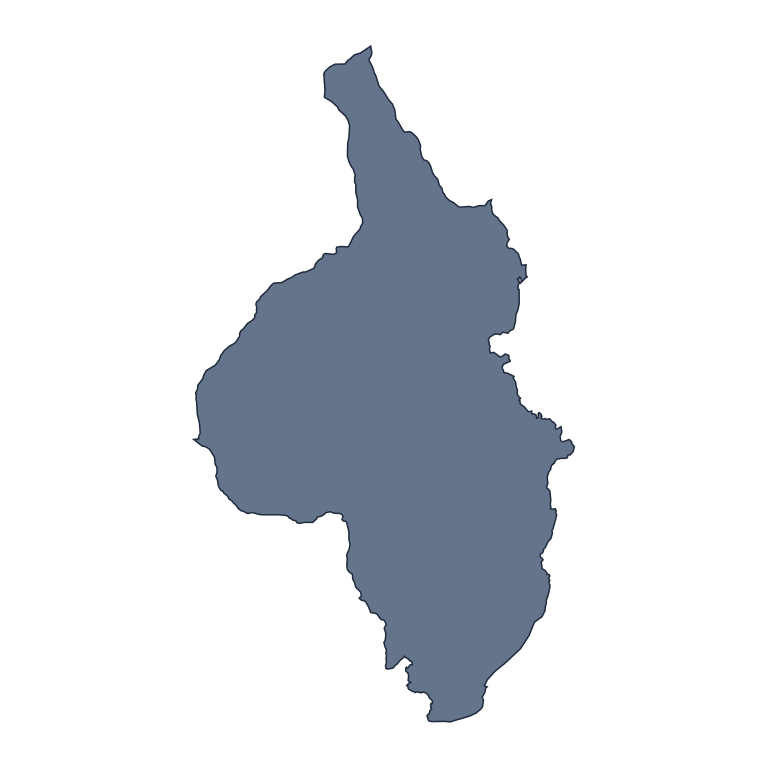 the district of Tangua, Nariño, Colombia
{"feature_id": "7082276B88194767649924", "entity_name": "Tangua", "entity_type": "district", "adm_level": 2, "iso_a3": "COL", "parent_name": "Colombia", "parent_adm1": "Nariño", "projection": "orthographic", "projection_center": [-77.351, 1.075], "detail": "fine", "context": "isolated", "style": "filled", "palette": "slate", "viewbox_px": 768, "rotation_deg": 0, "n_neighbors": 0, "source": "geoboundaries", "source_scale": "gbopen_adm2", "svg_char_len": 6109}
<svg xmlns="http://www.w3.org/2000/svg" viewBox="0 0 768 768"><path d="M323.8,73.6L325.0,90.3L324.4,97.4L331.0,101.1L337.7,107.1L338.6,109.7L345.6,116.1L347.9,120.1L349.6,125.2L349.0,136.8L347.7,143.6L347.4,155.8L349.0,161.8L351.1,166.2L353.3,169.2L355.3,175.7L354.7,177.0L354.6,182.2L355.8,184.7L355.8,192.6L357.6,199.9L357.5,206.7L360.4,215.0L362.4,218.0L362.7,223.0L360.5,226.8L360.3,228.6L353.6,236.3L348.7,246.3L346.8,247.0L341.9,246.5L336.9,247.1L336.2,248.4L336.6,252.7L333.9,254.4L325.6,253.5L324.2,253.9L323.1,255.0L322.6,257.7L318.6,260.2L315.8,263.5L313.9,268.3L305.9,271.9L302.8,272.1L295.1,274.9L291.9,277.3L287.7,279.0L282.0,282.5L273.6,283.2L270.9,285.7L267.2,290.5L260.6,296.6L259.8,298.9L256.8,301.7L256.0,303.5L256.0,305.1L257.0,307.7L256.4,309.3L256.7,311.4L256.2,313.2L254.7,315.1L254.8,316.9L254.2,318.4L252.0,320.5L247.7,323.3L243.0,329.2L241.0,330.7L239.6,333.3L239.6,336.3L235.7,342.3L234.1,343.6L229.6,346.0L224.2,350.6L220.6,355.9L219.4,359.6L215.3,365.2L206.2,370.6L203.5,375.8L202.7,378.8L197.9,385.1L197.3,389.6L195.6,392.9L196.4,396.7L195.9,398.4L196.7,402.6L197.3,414.1L199.5,423.4L200.2,432.9L198.5,437.5L198.6,438.9L193.7,439.4L202.1,446.0L205.8,446.8L209.0,448.9L210.3,450.3L214.6,457.5L215.2,464.3L216.9,467.4L217.0,472.4L215.8,476.0L217.5,480.2L218.4,486.1L221.0,490.5L223.2,491.4L223.6,492.9L227.4,495.9L229.2,499.2L231.7,500.7L234.2,503.8L235.6,504.6L238.6,508.9L241.2,510.8L243.3,511.2L246.5,513.1L248.2,513.5L252.2,512.5L259.3,514.5L262.2,514.8L278.7,514.8L285.4,515.3L287.6,516.1L289.7,518.3L292.0,519.2L293.0,520.3L295.7,520.6L296.9,522.7L299.1,523.4L305.0,522.4L312.8,522.4L316.5,519.0L317.5,517.1L320.8,516.3L324.1,514.5L325.6,512.8L330.2,511.7L333.9,513.2L340.1,513.5L342.5,515.1L342.9,516.3L342.0,519.6L343.3,521.0L345.6,521.3L346.6,522.3L348.9,531.8L348.9,539.1L350.0,544.2L349.4,548.5L346.7,554.9L347.2,559.1L346.8,565.9L347.4,569.5L348.9,571.7L352.4,574.4L352.8,579.3L354.3,582.1L355.8,587.2L360.4,591.9L361.1,593.7L361.2,596.3L359.2,598.0L359.4,598.4L361.1,600.0L365.4,601.3L368.7,607.2L370.6,612.5L376.7,613.7L380.8,619.4L383.6,620.1L384.7,621.0L386.2,624.3L384.2,628.4L385.6,632.5L385.7,636.4L385.1,640.6L383.9,642.3L384.8,646.2L386.4,650.2L385.8,652.8L386.5,655.6L386.0,658.2L386.4,662.8L385.5,665.9L385.9,668.5L387.5,669.1L393.2,668.0L395.2,665.4L397.5,663.7L399.6,661.0L404.8,656.2L405.6,657.6L408.0,658.7L410.0,661.1L411.7,661.6L412.3,664.7L410.2,664.8L407.8,668.0L406.7,667.2L405.8,667.9L405.7,670.9L408.2,673.4L408.6,676.5L408.1,680.6L410.6,682.6L408.9,683.1L406.7,685.6L408.1,686.4L408.0,688.1L408.8,689.2L412.2,691.3L414.4,691.8L414.9,692.6L416.7,691.8L419.4,692.5L420.2,692.2L420.9,692.9L422.3,692.2L424.8,692.5L426.5,693.4L428.5,695.7L429.4,698.0L431.9,700.2L432.6,702.1L432.0,703.7L431.1,703.4L430.6,705.0L431.0,706.2L430.6,707.4L431.6,708.9L429.9,710.5L429.1,714.0L427.4,714.8L427.0,716.0L428.6,720.8L432.1,721.6L445.2,721.4L450.0,721.9L469.8,716.0L475.9,713.2L481.0,709.0L482.5,706.8L483.5,700.3L482.2,697.2L484.8,692.5L485.8,687.7L487.1,686.9L484.4,685.6L487.4,679.7L495.0,671.3L504.3,663.8L520.5,648.7L529.1,635.4L534.4,622.2L542.0,616.7L545.1,610.4L545.2,607.2L546.3,603.4L546.3,600.0L548.0,595.7L549.9,587.0L549.9,584.9L549.1,583.6L549.1,581.8L549.8,580.5L548.7,578.5L549.8,575.8L549.0,574.5L547.2,574.5L546.9,572.8L544.9,570.2L542.0,568.6L542.0,566.1L541.1,562.1L542.7,560.6L543.0,559.5L540.5,557.0L540.2,554.7L540.9,553.7L542.6,552.9L543.5,550.9L543.6,549.0L545.1,547.9L548.0,541.8L551.0,538.3L552.4,533.2L552.0,530.5L553.1,528.6L556.7,515.2L555.7,512.5L556.2,510.6L555.1,508.7L552.9,509.2L550.4,508.5L550.9,506.8L550.3,505.0L550.8,500.0L549.9,491.2L548.9,489.6L546.5,487.8L547.9,482.9L547.3,479.1L547.4,476.4L548.8,472.0L550.6,469.3L551.3,465.7L552.9,464.4L552.6,464.1L554.5,463.0L554.9,461.5L556.5,459.4L557.5,458.8L559.0,459.0L560.3,458.4L564.4,458.4L567.3,457.8L568.1,454.9L570.2,454.9L573.2,451.5L574.3,447.1L574.0,446.1L572.0,443.8L571.4,441.6L569.2,439.5L563.5,441.6L562.1,441.6L560.7,440.6L560.1,436.5L561.9,432.0L561.0,426.7L556.6,429.2L555.8,428.8L555.3,427.0L556.0,425.3L554.0,422.6L551.3,420.8L549.7,418.8L545.9,419.4L545.0,418.5L542.9,419.1L541.3,418.2L541.1,417.7L541.9,416.6L541.7,415.7L540.7,413.8L539.2,412.7L538.5,412.9L538.3,413.5L538.4,416.9L537.4,418.1L536.7,418.2L536.0,414.8L533.9,413.9L532.0,414.0L531.7,411.1L529.2,411.7L528.0,411.3L524.0,406.5L522.2,405.5L520.0,403.2L520.1,401.0L518.9,400.3L520.6,398.3L519.3,397.2L517.1,394.1L517.5,389.8L516.4,387.6L515.6,382.3L513.2,378.0L514.1,376.4L507.1,373.1L503.9,372.6L503.4,370.2L502.3,368.6L502.3,366.9L503.4,364.3L510.1,361.3L510.2,360.6L508.6,358.1L509.0,356.5L508.6,355.2L505.0,354.0L502.4,356.3L500.6,356.8L499.5,356.5L493.8,352.4L490.3,352.9L489.5,349.5L490.1,346.0L489.1,344.2L489.2,342.3L488.3,340.5L489.5,337.3L494.6,334.1L497.8,334.0L500.1,334.7L503.0,332.2L508.0,333.2L510.0,330.7L513.4,329.1L515.4,321.9L515.9,314.7L517.9,309.9L519.2,303.8L519.1,289.5L518.2,289.4L518.1,285.2L518.9,283.7L519.8,283.2L519.7,281.6L518.3,281.1L518.6,279.8L517.8,279.1L518.8,279.1L519.4,277.0L519.9,277.1L521.1,279.1L521.3,281.0L521.7,281.2L521.5,282.1L525.5,278.0L527.2,277.0L525.9,274.8L525.7,268.6L526.1,264.8L522.0,265.2L521.4,264.3L520.2,258.9L519.1,256.9L518.6,254.2L513.8,249.4L512.2,248.5L508.9,248.3L506.7,246.2L507.1,242.9L509.3,239.3L507.4,236.3L507.1,230.2L503.3,224.5L499.2,220.4L498.1,218.1L493.9,215.0L492.7,213.3L491.7,209.8L491.7,206.1L490.5,203.5L491.6,199.6L488.4,200.9L484.9,205.7L479.3,205.6L473.1,207.5L469.3,206.4L460.7,207.1L458.5,206.7L453.3,202.4L449.7,200.7L446.1,197.4L444.1,193.7L442.8,192.3L442.0,188.4L439.3,185.1L437.7,179.2L434.5,175.8L432.6,172.8L430.8,166.7L429.0,163.0L426.8,160.7L423.9,159.9L421.9,156.9L420.2,149.4L420.6,145.7L418.2,139.5L415.8,136.3L411.5,132.4L409.2,131.6L405.4,132.2L403.9,131.4L402.9,130.2L397.9,121.5L395.9,119.1L394.8,109.9L392.4,104.0L388.6,99.7L383.4,91.3L379.0,86.1L376.0,76.1L374.3,72.8L372.6,67.2L369.2,60.5L369.2,59.0L371.1,56.0L371.9,53.2L370.7,46.1L360.4,53.0L354.3,54.9L350.3,58.7L347.8,60.4L344.9,64.0L334.9,64.2L329.9,66.9L325.6,70.7L323.8,73.6Z" fill="#64748b" stroke="#1e293b" stroke-width="1.5"/></svg>